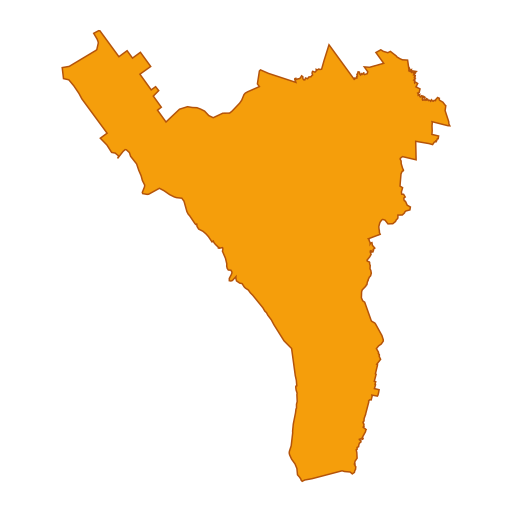 Viile Satu Mare, Satu Mare, Romania
{"feature_id": "2599482B28492278247457", "entity_name": "Viile Satu Mare", "entity_type": "district", "adm_level": 2, "iso_a3": "ROU", "parent_name": "Romania", "parent_adm1": "Satu Mare", "projection": "albers", "projection_center": [22.996, 47.653], "detail": "fine", "context": "isolated", "style": "filled", "palette": "amber", "viewbox_px": 512, "rotation_deg": 0, "n_neighbors": 0, "source": "geoboundaries", "source_scale": "gbopen_adm2", "svg_char_len": 5957}
<svg xmlns="http://www.w3.org/2000/svg" viewBox="0 0 512 512"><path d="M407.6,60.1L402.4,59.8L399.9,58.7L396.9,56.9L396.4,56.1L390.4,51.4L387.8,52.7L383.2,51.3L380.8,49.8L375.9,52.5L383.7,63.3L369.5,67.3L364.3,66.9L367.8,71.8L367.2,73.7L364.5,74.6L363.7,74.0L363.9,73.0L363.6,72.9L362.0,74.5L361.3,73.7L360.5,75.0L359.7,74.0L359.4,72.1L358.1,71.8L357.4,74.3L356.9,74.4L357.4,76.1L356.7,76.4L356.5,77.2L357.0,77.9L356.4,78.2L354.6,78.1L354.7,79.1L354.2,79.4L329.0,44.8L324.0,60.7L321.6,69.2L319.9,69.5L318.8,69.0L317.3,69.9L316.2,69.4L316.3,70.6L315.5,71.8L314.9,72.1L312.7,71.3L312.2,72.1L312.1,73.4L312.6,75.0L311.5,75.9L311.1,76.7L308.8,77.0L307.6,78.7L305.5,78.0L304.8,79.9L303.7,79.8L302.9,78.7L302.8,76.7L301.6,75.8L300.3,78.0L299.1,78.7L297.7,78.9L296.7,79.5L296.2,79.2L295.9,78.3L294.9,78.6L294.7,79.2L295.9,82.4L268.5,73.4L260.5,69.9L259.4,71.0L257.4,83.9L259.4,86.6L247.6,91.8L245.3,93.1L244.0,94.6L241.7,100.2L239.7,103.1L232.1,111.1L229.6,113.1L222.8,113.2L213.2,117.7L208.8,115.6L204.6,111.1L200.6,109.1L196.9,107.7L192.4,107.5L187.5,106.7L179.5,109.2L166.0,122.0L157.5,110.2L161.3,107.2L153.3,96.1L158.7,90.6L155.6,86.7L151.2,89.9L139.9,74.2L150.7,66.5L148.1,62.9L140.4,52.3L132.5,58.1L127.1,50.7L118.9,56.7L99.9,30.8L98.6,30.7L93.7,33.3L97.1,39.1L98.1,41.7L98.3,43.0L96.8,49.6L95.9,50.4L69.2,66.4L62.2,67.6L63.5,78.6L68.8,79.8L73.8,85.8L79.0,93.5L81.8,98.8L107.1,133.2L100.3,138.2L106.9,145.0L111.6,152.4L115.2,153.1L118.7,156.0L117.6,158.4L123.0,151.5L125.1,149.6L126.4,149.8L129.4,152.6L130.6,156.3L136.6,163.9L138.8,170.4L141.1,175.7L142.4,180.5L144.7,185.1L144.5,186.9L142.3,192.4L142.7,193.6L147.2,194.4L148.7,194.2L159.4,188.3L164.0,190.7L169.6,194.6L174.2,196.9L176.4,197.6L181.8,198.2L184.0,201.2L186.9,211.6L188.3,214.3L189.6,215.7L195.0,223.7L195.8,224.5L196.7,224.1L197.1,226.6L198.7,229.1L203.0,231.3L206.0,233.9L208.5,236.7L212.0,241.9L213.2,241.0L214.1,242.8L215.5,244.5L218.2,247.1L218.4,248.0L219.2,247.7L219.4,248.2L222.4,247.6L222.8,248.1L222.8,249.9L222.4,251.1L225.5,258.4L226.8,263.9L226.7,266.2L227.2,268.3L228.3,270.0L230.9,270.2L231.9,272.0L231.9,273.0L231.1,275.0L229.3,278.4L229.3,280.7L230.8,281.0L232.4,280.5L235.9,276.7L235.8,278.0L236.5,280.9L239.7,283.1L242.1,283.6L244.2,286.9L245.4,288.1L248.3,290.0L250.4,292.9L252.7,295.2L262.9,307.8L264.8,311.1L266.5,312.7L267.8,315.2L271.3,319.8L273.9,324.7L284.0,340.8L291.6,348.5L295.3,375.7L296.3,380.2L296.8,385.8L295.8,386.2L295.8,387.6L296.1,390.0L297.1,393.1L296.9,394.7L297.2,401.6L296.5,404.2L296.5,408.1L296.0,409.0L295.5,413.0L293.3,424.0L292.6,431.2L292.7,432.8L291.2,445.8L289.4,451.3L289.2,453.0L289.6,454.8L291.5,459.0L295.0,463.9L296.9,468.5L297.5,474.8L299.5,477.1L300.9,479.2L301.0,480.0L302.2,481.3L304.8,480.0L312.0,478.7L342.1,470.8L344.4,471.5L350.1,472.0L352.3,473.9L354.4,472.4L354.8,470.6L355.5,469.5L355.8,466.8L354.9,465.5L355.1,464.9L354.9,464.4L354.4,464.2L354.5,463.5L354.9,463.3L354.7,462.7L355.1,461.1L357.1,458.2L356.8,452.6L356.2,449.8L357.1,449.3L357.1,447.4L358.6,446.7L358.8,444.9L359.5,443.0L360.7,442.3L360.9,441.8L361.0,440.9L359.5,439.8L359.3,439.3L360.6,438.8L362.6,439.3L363.0,438.8L363.1,438.3L362.2,437.7L365.5,431.7L365.7,430.4L366.2,429.6L363.2,427.3L363.4,426.7L364.0,426.5L363.8,425.3L364.0,424.6L363.5,423.7L363.6,423.3L363.1,422.8L363.0,422.1L364.0,421.0L364.1,418.6L365.7,414.1L365.7,413.7L368.8,401.9L368.6,401.0L369.7,399.8L371.2,399.9L372.1,396.3L371.9,395.1L377.4,396.1L378.0,395.0L378.6,392.6L379.1,389.7L374.4,388.6L375.5,384.9L375.5,384.5L375.0,384.3L375.7,381.7L374.3,381.3L376.1,374.3L375.4,373.8L377.5,365.0L377.5,364.4L376.8,364.2L380.6,359.3L379.2,356.4L379.4,355.7L379.1,355.0L379.3,354.4L378.4,353.6L378.5,352.3L376.4,348.6L378.6,345.9L381.3,344.0L383.3,341.0L383.2,339.5L381.9,335.5L375.6,324.1L374.8,323.0L371.6,321.2L371.0,320.0L364.7,302.2L362.7,300.8L361.4,297.8L361.6,291.8L362.2,289.9L365.7,286.3L366.4,284.9L366.9,284.7L367.3,282.3L367.7,281.0L368.1,280.7L368.2,279.6L369.4,277.1L370.6,275.8L371.3,273.2L370.8,270.4L370.0,268.8L370.2,265.3L369.6,264.1L369.7,262.9L369.4,262.0L367.3,261.1L367.0,260.2L369.6,257.0L371.1,254.4L370.3,252.3L371.6,252.1L370.4,251.5L370.3,251.0L370.9,250.6L372.0,251.4L373.1,251.3L373.5,250.2L373.2,249.5L374.8,248.1L372.4,245.3L371.9,242.6L370.6,243.1L370.2,243.8L370.2,242.8L369.1,240.4L369.1,239.6L368.3,238.8L380.2,234.3L379.4,232.5L379.4,230.9L379.0,228.9L378.8,226.6L379.9,222.5L381.6,220.1L382.7,219.4L385.0,220.1L388.0,223.9L392.8,223.7L395.5,221.5L396.3,219.8L397.6,218.6L397.9,217.8L397.9,215.1L402.3,215.0L404.5,212.9L404.8,212.0L405.9,211.0L409.9,209.9L410.4,207.0L407.2,205.2L405.4,201.2L404.5,200.9L404.0,199.9L403.8,198.1L405.2,197.0L403.6,194.3L401.7,194.2L401.4,191.9L402.6,187.7L400.0,186.1L401.0,173.9L402.2,171.3L403.3,170.8L403.5,170.2L402.6,168.3L401.2,163.6L401.1,161.0L400.1,159.0L400.3,158.3L402.5,156.6L416.1,159.8L415.7,141.3L429.1,143.6L432.6,144.6L434.4,142.0L436.1,141.7L435.9,140.8L436.6,140.8L437.4,138.7L438.2,138.7L438.6,136.0L431.9,134.4L432.2,130.8L432.0,125.8L432.3,122.4L432.1,121.7L447.9,125.7L449.8,125.8L448.9,124.0L448.7,121.6L445.1,110.6L445.8,105.7L445.1,105.1L442.9,102.2L439.5,100.2L439.1,98.7L439.3,98.3L437.6,97.5L435.8,99.5L435.5,100.6L434.2,100.3L433.3,101.2L432.3,100.9L431.6,99.8L430.6,101.2L429.8,100.2L428.5,100.6L428.1,100.2L427.9,99.4L426.6,98.7L426.6,100.0L425.9,100.3L425.1,99.4L424.1,100.2L423.3,99.8L422.6,100.1L422.3,99.3L422.6,97.5L424.6,98.1L425.0,97.7L424.9,97.2L423.5,96.3L421.5,95.7L420.8,97.0L420.2,96.9L419.5,95.9L419.7,94.5L418.2,95.2L418.2,93.7L417.7,93.1L419.2,92.4L420.0,88.9L416.2,87.0L416.5,86.8L416.2,86.4L417.7,83.5L415.5,82.1L414.7,82.9L414.5,81.9L414.8,80.6L413.8,80.1L415.3,78.8L414.3,77.8L415.1,77.1L414.6,76.5L415.2,75.7L415.9,75.7L413.6,74.9L415.0,73.4L413.4,73.0L413.4,72.7L415.6,72.2L416.3,71.5L412.6,70.9L412.2,71.9L411.7,72.4L411.0,71.4L411.4,69.6L410.1,70.1L409.9,71.4L408.8,70.8L409.6,68.6L409.4,68.2L408.9,69.1L407.6,60.1Z" fill="#f59e0b" stroke="#b45309" stroke-width="1.5"/></svg>